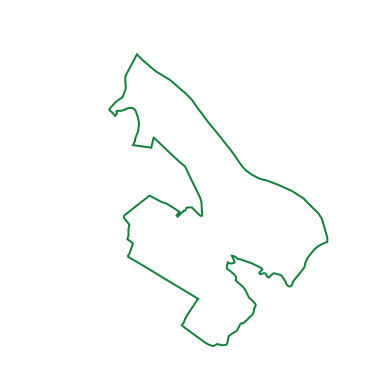 Hai Chau, Đà Nẵng, Vietnam, rotated 324°
{"feature_id": "81297802B10780873415993", "entity_name": "Hai Chau", "entity_type": "district", "adm_level": 2, "iso_a3": "VNM", "parent_name": "Vietnam", "parent_adm1": "Đà Nẵng", "projection": "mercator", "projection_center": [108.212, 16.059], "detail": "fine", "context": "isolated", "style": "outline", "palette": "green", "viewbox_px": 384, "rotation_deg": 324, "n_neighbors": 0, "source": "geoboundaries", "source_scale": "gbopen_adm2", "svg_char_len": 3894}
<svg xmlns="http://www.w3.org/2000/svg" viewBox="0 0 384 384"><g transform="rotate(324 192 192)"><path d="M271.9,312.1L273.8,309.7L275.1,307.6L276.3,303.7L279.0,296.7L281.3,290.0L281.7,284.0L281.5,282.7L281.3,281.2L280.8,278.1L279.8,272.4L278.4,262.6L275.5,255.0L274.7,253.0L273.4,249.8L270.2,244.3L266.6,237.9L259.7,227.2L255.7,222.4L255.4,222.0L254.1,220.3L250.4,212.6L248.4,206.6L248.3,206.1L247.7,201.5L247.7,201.1L247.7,194.6L248.0,189.1L248.0,188.7L248.0,180.4L247.6,173.9L247.3,164.7L247.1,160.2L246.8,155.4L246.2,145.5L246.1,136.6L245.9,127.2L245.9,126.1L245.9,125.2L246.1,118.6L246.1,117.5L245.7,114.3L244.7,107.7L243.5,103.4L242.9,100.7L242.7,99.8L242.6,99.3L242.6,99.1L240.1,88.7L233.5,72.7L232.0,66.6L231.1,62.5L229.8,57.1L229.3,54.9L228.4,48.3L210.9,56.8L207.4,58.5L205.5,60.0L203.8,62.2L202.6,63.9L200.9,67.1L198.7,69.8L194.6,72.5L194.3,72.7L191.8,74.3L190.4,74.6L186.1,74.2L182.2,74.5L175.5,75.9L173.7,76.5L173.4,77.3L174.3,81.4L174.5,85.1L175.4,85.2L177.6,84.3L177.9,82.9L178.3,82.3L179.3,82.3L182.0,84.5L186.1,86.0L187.8,86.0L191.4,87.5L193.3,89.3L194.1,91.4L193.9,94.0L192.0,100.0L189.5,105.4L186.6,108.6L183.1,111.9L179.6,114.0L177.6,115.3L175.8,117.3L171.8,119.4L185.1,132.2L189.8,128.1L192.7,125.6L193.1,125.5L195.1,136.5L195.8,140.5L197.3,148.5L197.4,148.8L198.4,154.4L198.8,156.1L199.6,160.1L200.2,162.6L200.6,164.5L201.3,166.5L201.5,166.9L201.4,167.3L199.3,178.4L198.2,184.4L197.9,186.4L197.1,191.5L196.4,195.1L195.5,200.4L194.4,203.9L193.0,207.0L191.6,208.9L186.4,217.1L185.6,216.8L185.2,216.5L184.8,216.0L184.6,215.5L184.5,214.9L184.4,214.3L183.4,208.0L183.1,206.3L183.0,205.1L182.8,204.6L182.7,204.4L182.4,204.0L181.7,203.6L178.8,201.6L178.2,201.6L177.5,202.2L175.8,202.8L175.4,202.8L175.1,202.8L174.9,202.8L174.6,202.7L174.4,202.6L174.2,202.3L173.4,202.6L167.2,203.3L166.0,203.6L165.8,201.9L170.3,200.8L167.6,193.8L167.4,193.1L164.3,185.8L164.0,185.4L162.8,184.0L162.0,183.1L159.2,177.4L155.9,170.7L155.0,170.1L154.3,170.0L135.6,170.7L123.6,171.2L122.9,171.5L122.4,171.9L121.8,173.0L122.1,181.6L118.8,184.6L115.1,189.8L111.9,192.3L112.3,193.3L113.0,195.1L113.8,198.0L113.9,199.1L105.4,204.9L103.7,205.6L102.7,205.9L102.3,206.8L102.9,208.4L111.8,228.9L118.1,244.1L130.1,272.3L134.2,282.1L132.7,282.4L121.2,286.8L116.2,288.6L115.6,288.9L111.9,290.6L108.5,292.8L107.4,293.1L105.3,293.9L108.8,305.1L113.7,320.5L115.1,323.9L116.0,325.6L117.3,327.4L118.7,329.3L123.0,329.8L124.8,332.0L125.9,333.3L127.8,334.7L129.4,335.5L130.4,335.7L131.8,335.0L136.9,330.2L140.8,330.1L145.8,330.6L146.7,330.5L147.7,330.2L153.3,327.4L153.6,327.2L154.4,327.2L155.1,327.3L155.4,327.6L156.1,328.2L157.3,328.3L158.4,328.1L160.4,327.9L166.4,327.0L169.1,326.7L169.9,326.4L170.6,325.9L172.2,324.5L173.6,323.0L174.2,322.6L175.6,322.0L176.7,321.4L177.1,320.8L177.3,320.6L177.4,320.0L177.4,319.2L176.5,312.4L176.2,311.4L176.1,310.3L177.6,302.4L177.4,298.1L177.1,296.5L175.4,289.9L175.5,289.1L176.2,288.4L177.4,287.4L177.7,286.7L177.7,283.1L175.2,274.4L176.3,272.9L179.5,270.0L180.4,271.4L181.1,272.5L182.8,273.6L184.5,274.1L185.0,274.0L185.6,272.6L185.9,271.3L186.8,267.1L187.7,267.9L188.9,269.6L189.7,273.0L191.5,274.7L192.1,275.6L194.9,279.8L196.5,282.0L197.5,283.4L198.1,284.2L198.5,284.9L203.5,294.5L203.5,295.4L203.3,296.2L199.3,296.7L198.8,297.1L198.6,297.6L198.9,298.3L199.6,299.0L200.5,299.2L201.3,299.4L202.3,299.8L203.2,300.6L203.5,301.3L203.5,302.1L203.4,303.2L203.1,304.4L203.2,305.4L203.5,305.8L203.9,306.2L204.6,306.4L206.2,306.1L207.2,305.9L208.1,305.7L210.2,305.7L210.9,306.3L213.3,309.2L214.9,311.4L215.4,312.4L215.3,313.9L215.1,316.9L215.0,320.0L214.4,321.3L214.2,323.4L214.6,324.5L214.7,325.1L215.6,326.0L216.7,326.4L218.1,326.1L219.3,325.3L220.1,324.5L221.4,323.8L223.3,323.3L226.5,322.3L230.9,321.3L235.2,320.0L239.1,318.7L241.3,316.5L246.4,313.5L251.9,311.7L257.2,310.5L261.6,309.9L266.7,310.6L271.1,311.6L271.9,312.1Z" fill="none" stroke="#15803d" stroke-width="2"/></g></svg>